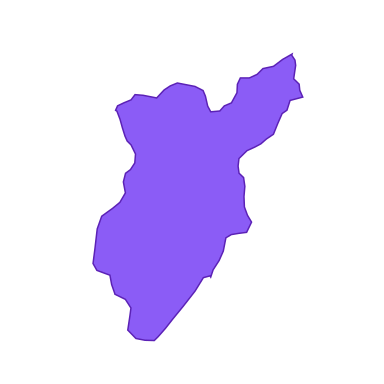 outline of Vimmerby, Kalmar, Sweden, rotated 281°
{"feature_id": "70781695B52045533675939", "entity_name": "Vimmerby", "entity_type": "district", "adm_level": 2, "iso_a3": "SWE", "parent_name": "Sweden", "parent_adm1": "Kalmar", "projection": "natural_earth1", "projection_center": [15.936, 57.699], "detail": "fine", "context": "isolated", "style": "filled", "palette": "violet", "viewbox_px": 384, "rotation_deg": 281, "n_neighbors": 0, "source": "geoboundaries", "source_scale": "gbopen_adm2", "svg_char_len": 1353}
<svg xmlns="http://www.w3.org/2000/svg" viewBox="0 0 384 384"><g transform="rotate(281 192 192)"><path d="M346.5,263.9L339.4,255.6L330.9,248.0L326.7,238.1L319.9,233.5L314.9,226.5L313.2,217.7L306.4,216.0L298.0,217.2L287.0,213.7L282.7,207.3L276.8,203.8L274.3,195.1L279.3,191.0L288.6,186.9L293.7,183.5L296.2,174.8L296.2,156.8L292.0,150.4L286.9,145.2L277.6,139.4L277.6,125.6L276.7,117.5L270.8,114.6L266.6,108.2L262.4,102.5L257.6,101.4L257.0,102.9L249.6,107.5L241.4,111.6L234.0,115.6L229.6,118.7L226.6,123.2L218.5,129.3L209.6,130.3L202.2,127.3L197.7,123.2L188.8,122.7L178.4,126.8L168.1,123.2L160.7,117.1L157.0,113.6L151.0,108.0L137.7,106.0L118.4,107.5L102.9,108.5L96.9,113.6L95.4,122.7L94.7,127.3L85.8,130.8L77.9,135.4L76.9,135.9L73.9,147.1L66.5,154.2L58.3,154.7L44.2,155.3L37.5,164.9L37.5,174.1L39.0,183.3L43.4,186.3L53.0,191.9L64.1,197.6L78.2,205.2L95.3,213.9L110.1,219.5L113.1,225.7L112.1,226.6L119.7,227.6L129.9,231.7L140.0,234.0L153.5,234.0L157.7,238.7L160.3,245.7L162.8,253.3L173.8,256.2L179.7,250.9L187.3,246.3L197.4,243.9L207.6,242.8L216.0,239.9L219.4,234.6L226.2,232.3L233.8,231.7L243.1,238.1L248.1,245.1L252.4,250.4L258.3,255.0L264.2,260.9L276.0,263.2L286.2,265.5L290.4,269.6L300.6,270.8L306.3,282.6L312.4,278.4L318.3,276.6L322.5,270.2L336.1,269.6L341.1,267.9L345.3,263.8L346.5,263.9Z" fill="#8b5cf6" stroke="#5b21b6" stroke-width="1.5"/></g></svg>